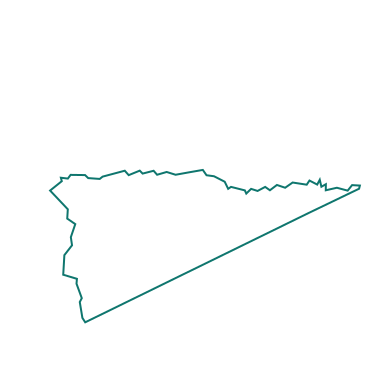 Nicollet, Minnesota, United States of America, rotated 154°
{"feature_id": "52423323B99452137700358", "entity_name": "Nicollet", "entity_type": "district", "adm_level": 2, "iso_a3": "USA", "parent_name": "United States of America", "parent_adm1": "Minnesota", "projection": "equal_earth", "projection_center": [-94.326, 44.306], "detail": "fine", "context": "isolated", "style": "outline", "palette": "teal", "viewbox_px": 384, "rotation_deg": 154, "n_neighbors": 0, "source": "geoboundaries", "source_scale": "gbopen_adm2", "svg_char_len": 872}
<svg xmlns="http://www.w3.org/2000/svg" viewBox="0 0 384 384"><g transform="rotate(154 192 192)"><path d="M345.1,121.7L96.4,122.0L40.4,121.7L38.3,124.2L45.1,128.0L51.5,125.0L59.9,132.3L71.0,134.9L68.3,140.3L73.4,140.0L71.8,147.0L76.2,143.8L81.4,150.8L85.7,148.3L97.4,156.4L106.4,155.0L112.6,161.1L121.2,159.4L124.0,164.5L132.6,164.2L137.5,168.9L143.9,166.8L143.8,170.3L154.7,179.5L158.1,179.0L158.1,186.9L165.3,196.5L171.6,200.7L172.6,207.1L186.8,211.2L199.2,214.7L206.0,221.1L215.8,222.8L217.2,227.9L228.3,230.2L229.6,234.1L241.5,234.9L243.1,240.6L265.6,245.0L269.2,244.2L279.2,250.0L280.7,254.1L293.6,260.6L297.7,258.5L303.6,262.3L304.3,258.8L318.9,255.5L311.2,230.9L315.8,222.8L311.0,214.3L320.7,204.5L323.2,196.7L334.4,191.2L344.0,174.1L333.5,164.4L336.0,160.2L337.6,144.9L341.1,142.3L345.7,126.9L345.1,121.7Z" fill="none" stroke="#0f766e" stroke-width="2"/></g></svg>